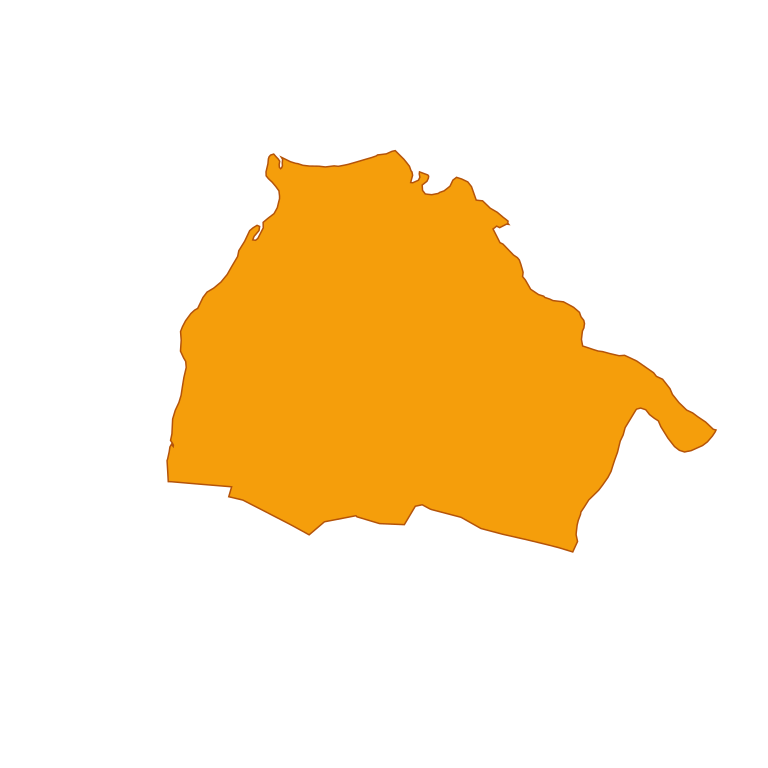 Tama, Suhaj, Egypt (orthographic projection), rotated 231°
{"feature_id": "37247803B5321471482777", "entity_name": "Tama", "entity_type": "district", "adm_level": 2, "iso_a3": "EGY", "parent_name": "Egypt", "parent_adm1": "Suhaj", "projection": "orthographic", "projection_center": [31.431, 26.874], "detail": "fine", "context": "isolated", "style": "filled", "palette": "amber", "viewbox_px": 768, "rotation_deg": 231, "n_neighbors": 0, "source": "geoboundaries", "source_scale": "gbopen_adm2", "svg_char_len": 3555}
<svg xmlns="http://www.w3.org/2000/svg" viewBox="0 0 768 768"><g transform="rotate(231 384 384)"><path d="M134.7,425.0L139.8,435.3L145.5,438.2L146.4,438.8L148.9,441.3L152.8,445.3L155.7,449.1L159.0,454.7L160.6,456.5L162.3,462.0L165.1,470.3L165.6,476.1L166.4,484.1L167.9,490.3L170.5,499.3L173.2,505.5L176.5,510.4L179.8,515.5L184.0,522.5L188.2,528.0L191.0,531.7L193.9,537.8L198.3,543.9L205.4,563.7L205.4,564.8L203.8,568.3L199.3,571.2L196.2,571.2L193.2,571.1L187.2,572.5L182.7,574.0L176.7,572.3L163.2,570.6L152.6,570.4L146.6,571.8L142.0,574.8L140.5,577.8L140.1,578.4L138.9,580.8L135.7,592.8L135.5,598.9L136.9,606.5L138.3,611.0L139.3,613.1L141.6,611.4L152.1,610.0L161.2,607.2L167.2,605.7L173.3,602.8L183.9,601.5L194.4,601.6L200.4,603.3L206.4,603.4L212.4,603.5L218.5,600.5L223.0,600.6L242.7,594.9L248.8,592.0L254.9,589.0L258.0,584.5L265.6,578.6L271.7,574.2L274.8,571.2L279.3,568.2L283.9,565.3L288.5,562.3L291.5,563.9L294.4,565.5L298.9,570.1L300.3,571.6L301.1,573.2L301.8,574.7L303.3,576.2L304.7,577.8L307.7,579.3L312.2,579.4L314.3,580.1L316.7,581.0L324.3,579.6L334.9,575.2L339.3,570.9L342.5,567.8L345.6,566.3L350.2,563.4L351.7,563.4L356.2,560.4L365.3,557.6L375.8,559.3L380.3,559.3L381.8,560.9L383.3,562.4L387.4,564.2L388.9,564.8L390.7,565.6L395.2,567.2L398.2,567.2L402.8,565.8L417.8,564.5L420.9,563.1L427.4,564.5L435.9,566.3L435.8,567.9L435.8,570.9L432.7,572.3L431.1,579.9L429.5,581.4L431.1,581.4L432.5,582.9L435.8,582.2L438.6,581.5L446.1,580.1L453.7,577.2L464.3,575.9L467.3,572.9L468.9,571.4L482.3,576.2L488.3,576.3L494.4,573.4L499.0,570.4L499.0,568.9L499.1,565.9L496.2,559.8L496.2,556.7L496.3,552.2L497.9,547.7L497.9,546.2L501.1,540.2L504.0,537.3L505.7,535.7L510.2,535.8L514.6,538.9L514.5,544.9L516.0,548.0L517.4,549.5L518.9,549.6L526.5,545.1L525.1,543.6L522.1,542.0L520.7,539.0L522.3,533.0L523.8,531.5L528.2,537.6L531.2,539.2L532.7,539.2L537.2,540.8L541.7,540.9L546.2,540.9L550.7,540.4L558.3,539.6L559.8,536.6L561.4,530.6L562.6,528.7L564.2,526.1L566.1,523.1L566.1,521.6L567.7,517.1L570.9,509.5L574.0,502.0L577.2,494.5L578.7,491.5L581.9,485.5L584.9,482.5L589.6,475.0L594.2,470.5L600.4,463.1L605.0,458.6L609.5,455.7L611.1,454.2L615.6,451.2L624.9,446.9L622.4,446.6L619.9,444.1L617.4,442.3L616.4,440.4L616.4,439.1L618.3,439.1L620.5,440.6L622.7,443.1L625.2,443.4L628.9,443.1L632.1,443.0L633.3,439.9L632.9,437.7L631.7,435.8L628.2,432.4L623.1,425.8L619.9,423.4L616.2,423.4L611.2,424.1L605.5,424.2L600.2,423.9L595.8,421.1L593.6,419.3L593.4,419.0L593.1,418.6L592.1,417.2L588.2,412.1L586.9,409.0L585.6,405.7L585.8,398.1L585.7,391.8L581.3,388.4L579.1,383.4L576.5,377.5L576.5,374.6L578.6,372.7L580.5,375.9L581.9,383.4L584.7,386.5L587.2,385.2L587.8,380.5L587.7,376.1L582.6,365.5L579.0,355.1L575.2,350.5L571.0,339.2L567.8,331.1L565.8,321.3L565.8,320.0L565.8,319.9L565.7,311.9L566.8,304.4L565.2,297.8L560.0,286.8L560.6,283.3L560.3,278.3L558.0,269.5L555.4,263.5L552.8,258.9L545.6,253.9L537.6,246.5L530.4,244.7L526.4,244.1L525.3,243.4L521.3,240.7L515.0,232.6L508.3,225.1L502.9,219.2L498.7,213.0L494.9,205.2L489.8,197.7L478.7,187.8L474.5,182.6L472.0,182.4L469.1,181.9L468.1,180.9L470.9,180.8L469.8,178.0L466.5,174.4L462.0,168.8L461.0,167.2L451.2,160.2L443.9,154.9L443.2,155.7L442.1,157.0L424.2,175.6L400.0,200.9L394.1,192.4L382.7,201.2L363.3,209.8L352.1,214.7L334.6,222.4L330.8,224.0L313.9,230.9L314.4,251.0L299.3,279.3L297.8,279.4L278.3,292.7L277.5,293.6L261.9,311.3L269.3,331.4L266.1,337.7L257.9,341.1L256.4,342.0L231.9,360.0L210.7,368.4L192.5,381.7L175.7,394.9L174.5,395.9L156.8,409.4L146.7,416.9L134.7,425.0Z" fill="#f59e0b" stroke="#b45309" stroke-width="1.5"/></g></svg>